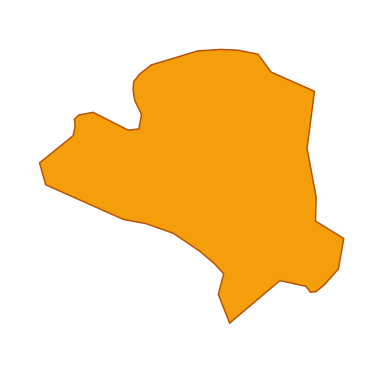 outline of Škocjan, rotated 347°
{"feature_id": "SVN-989", "entity_name": "Škocjan", "entity_type": "Municipality", "adm_level": 1, "iso_a3": "SVN", "parent_name": "Slovenia", "parent_adm1": "", "projection": "equal_earth", "projection_center": [15.306, 45.911], "detail": "fine", "context": "isolated", "style": "filled", "palette": "amber", "viewbox_px": 384, "rotation_deg": 347, "n_neighbors": 0, "source": "natural_earth", "source_scale": "10m", "svg_char_len": 632}
<svg xmlns="http://www.w3.org/2000/svg" viewBox="0 0 384 384"><g transform="rotate(347 192 192)"><path d="M199.2,328.2L194.6,297.6L204.5,278.9L197.8,266.9L186.5,251.8L164.6,228.1L139.9,212.4L119.1,203.4L51.1,152.1L50.0,129.3L88.8,110.4L93.0,101.5L93.8,94.6L99.0,91.5L113.5,92.1L143.8,117.4L154.4,118.6L160.3,105.0L156.8,90.1L157.5,79.5L160.0,71.4L167.2,65.5L180.9,59.0L229.5,55.8L252.4,59.6L269.3,64.4L287.3,72.6L296.1,93.0L334.0,121.5L313.9,175.4L311.8,225.1L305.8,248.1L329.4,271.5L317.4,299.9L299.8,312.4L290.5,316.9L284.9,316.4L281.7,309.5L257.7,298.1L199.2,328.2Z" fill="#f59e0b" stroke="#b45309" stroke-width="1.5"/></g></svg>